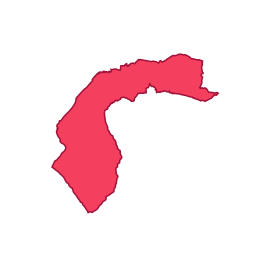 the district of Tomesti, Harghita, Romania, rotated 117°
{"feature_id": "2599482B27343376756903", "entity_name": "Tomesti", "entity_type": "district", "adm_level": 2, "iso_a3": "ROU", "parent_name": "Romania", "parent_adm1": "Harghita", "projection": "natural_earth1", "projection_center": [25.786, 46.588], "detail": "fine", "context": "isolated", "style": "filled", "palette": "rose", "viewbox_px": 256, "rotation_deg": 117, "n_neighbors": 0, "source": "geoboundaries", "source_scale": "gbopen_adm2", "svg_char_len": 5758}
<svg xmlns="http://www.w3.org/2000/svg" viewBox="0 0 256 256"><g transform="rotate(117 128 128)"><path d="M221.5,125.1L220.2,124.2L219.8,123.5L219.4,121.5L217.1,120.4L216.9,120.0L214.2,118.6L211.4,118.2L210.3,118.3L207.9,117.2L205.2,117.0L202.6,115.4L201.3,115.3L199.1,116.3L198.4,116.0L196.8,114.6L195.1,113.8L191.3,111.8L190.9,111.8L190.4,111.9L189.4,112.6L188.6,112.7L187.6,112.5L186.6,112.5L183.9,113.3L182.7,113.3L181.2,113.8L180.6,114.1L178.8,114.7L175.9,115.0L175.3,115.4L174.8,116.7L173.8,117.8L170.3,120.1L169.5,120.5L168.6,120.3L167.4,119.7L166.4,120.1L165.2,121.0L163.2,120.0L162.9,119.7L162.0,120.0L160.7,120.7L160.0,120.6L159.8,120.5L158.9,120.4L158.1,120.0L157.4,120.1L156.3,120.7L155.4,122.2L154.1,123.3L154.0,123.6L153.5,123.6L153.0,124.1L152.5,124.2L151.8,124.8L151.6,125.1L151.7,126.0L151.6,126.3L151.1,127.4L151.1,127.7L150.8,128.3L150.4,128.3L149.7,128.9L149.1,129.5L148.4,130.8L148.0,131.0L147.8,131.4L147.3,131.5L146.0,132.5L145.9,132.8L145.6,133.0L144.7,134.2L143.9,136.5L142.7,137.4L142.4,137.5L141.9,138.2L141.9,139.9L141.4,140.7L141.4,141.1L141.0,141.4L140.9,141.9L140.3,142.7L139.3,143.6L139.3,144.3L138.8,145.1L136.5,146.6L134.0,149.5L132.5,151.0L126.6,155.1L125.1,155.9L122.8,156.7L120.6,155.0L120.1,155.2L119.4,154.9L118.9,155.5L117.6,155.1L117.2,155.0L117.2,154.7L117.6,154.7L116.1,154.6L115.4,154.7L114.7,154.7L114.4,154.6L114.6,154.3L113.2,153.8L113.0,153.3L112.6,153.6L112.4,153.7L111.9,152.8L111.0,151.9L109.8,151.9L108.7,151.3L108.9,150.7L108.8,150.2L108.6,149.6L108.1,149.3L107.5,149.2L106.9,148.6L106.3,148.3L106.0,148.0L105.8,147.8L105.4,147.7L104.7,148.0L103.9,147.7L102.3,145.5L102.3,145.2L102.5,144.3L102.1,143.5L102.2,143.2L101.9,142.2L102.2,141.6L102.1,139.1L102.1,138.6L102.7,137.3L101.5,135.2L100.5,135.1L99.8,135.2L99.2,135.6L97.5,135.5L95.6,134.9L95.2,135.0L92.9,134.6L92.2,134.3L92.0,133.7L91.4,132.7L91.3,132.4L90.7,131.9L90.5,131.5L90.3,130.4L88.7,128.5L88.2,128.9L88.1,128.7L88.3,128.3L88.3,127.9L86.8,128.6L84.6,130.0L83.6,129.3L82.8,128.3L80.8,128.3L79.6,128.5L78.8,128.8L78.8,128.2L79.4,127.6L80.2,126.1L80.2,125.6L79.3,124.2L79.9,123.3L79.9,122.4L80.2,121.6L80.5,121.1L81.6,120.9L81.2,119.9L81.8,119.7L83.4,118.7L83.0,118.4L82.0,116.8L81.5,116.3L81.7,116.1L80.9,115.4L81.1,115.2L80.2,114.4L79.9,113.8L79.3,113.2L78.0,112.1L78.2,110.9L78.1,109.8L77.3,108.5L76.3,107.7L77.0,107.2L77.4,107.3L77.6,107.2L77.6,106.6L77.1,105.7L77.2,104.3L77.0,104.0L76.6,104.0L76.4,103.6L76.7,103.4L76.3,103.0L76.3,102.5L76.0,102.2L75.6,100.7L74.6,98.6L74.0,95.6L72.8,91.2L72.4,88.8L71.9,86.3L71.5,85.5L71.3,84.4L71.7,83.8L71.6,83.1L71.3,82.9L71.4,80.9L71.0,79.7L70.8,76.8L70.9,75.8L70.1,75.0L70.0,74.6L69.3,73.5L69.2,72.4L69.3,71.5L63.6,67.3L61.2,66.7L60.8,66.3L59.4,66.3L58.8,64.2L56.1,63.4L56.0,64.4L56.3,65.2L57.7,67.0L58.0,68.9L58.4,69.5L58.6,70.5L59.2,71.4L59.3,72.4L59.1,73.1L57.8,75.1L57.3,76.1L57.3,76.9L57.5,77.3L57.6,78.2L58.4,78.6L58.7,79.5L58.5,80.0L58.9,80.4L58.9,80.8L59.8,81.5L59.5,82.5L58.0,82.3L54.4,82.7L53.8,82.9L51.6,84.1L48.7,84.7L48.1,86.6L46.9,87.1L46.7,86.8L46.1,86.6L45.4,86.0L45.0,86.4L44.8,86.2L44.1,87.5L43.6,87.7L43.4,88.0L42.7,88.4L41.2,89.6L40.8,89.7L40.5,90.0L39.7,90.4L38.2,90.2L37.9,90.3L37.5,90.9L36.3,91.2L36.3,91.5L35.8,91.8L35.3,91.7L34.5,91.9L34.9,95.8L35.7,96.6L36.6,100.3L36.8,101.4L37.1,102.1L37.4,103.0L37.4,103.6L36.9,104.9L36.9,105.3L36.8,105.5L36.8,106.2L36.6,108.8L37.0,110.8L37.8,111.7L38.0,113.8L38.2,114.4L39.3,116.1L39.4,116.5L40.6,117.1L42.1,118.6L42.3,119.6L42.7,120.0L42.9,120.7L43.3,121.1L45.5,122.5L45.9,122.6L48.7,124.3L48.9,124.5L50.2,124.9L50.8,125.3L51.0,125.7L52.0,126.0L52.9,126.8L53.5,126.9L53.5,127.2L53.7,127.6L53.3,128.7L53.4,129.3L53.3,129.7L53.5,129.9L54.4,130.1L56.3,130.2L56.2,132.7L56.5,133.9L56.8,135.5L58.4,137.7L61.5,148.4L62.4,148.9L62.3,149.8L63.4,149.8L65.5,150.8L67.7,151.2L67.7,152.7L69.1,154.6L71.0,155.6L71.2,155.4L71.4,155.6L71.6,155.4L72.3,156.1L72.6,155.8L73.3,156.7L71.3,158.4L72.1,159.0L72.9,159.2L73.4,159.5L73.9,159.3L74.3,159.5L74.7,160.7L75.8,162.6L79.8,161.2L80.6,162.6L80.8,163.7L80.7,164.1L80.8,165.0L81.8,167.1L82.1,167.2L82.8,168.1L83.5,169.7L84.0,169.0L85.5,168.5L85.7,169.7L86.1,170.6L87.2,170.1L87.5,172.4L87.9,173.5L88.4,173.3L89.3,174.4L88.8,174.7L89.0,174.9L88.4,175.2L88.5,175.4L89.0,175.2L89.9,176.2L89.8,176.3L90.5,177.2L89.9,177.5L91.2,177.5L91.2,177.9L90.8,177.9L90.9,178.1L91.0,178.0L91.2,178.4L91.0,178.5L91.3,178.9L92.3,179.1L92.3,178.8L92.5,178.8L92.5,179.2L93.3,179.2L93.2,179.8L93.9,179.9L93.8,180.1L97.5,181.1L100.7,181.8L100.8,181.7L101.2,181.7L101.7,181.1L110.8,183.3L113.1,184.4L115.8,185.3L124.0,187.5L124.6,187.4L125.1,187.6L125.7,187.6L126.1,187.0L127.4,186.9L128.8,186.5L131.1,186.5L133.5,186.7L136.0,187.1L139.7,188.0L145.3,189.8L148.1,190.5L152.2,191.1L152.7,192.3L154.4,191.9L155.4,191.9L157.1,192.6L158.9,192.1L159.2,191.8L159.9,190.4L160.5,190.3L161.0,190.7L161.2,190.3L161.1,190.1L161.4,190.1L161.4,190.3L162.2,190.2L162.4,190.0L163.3,190.3L164.4,189.4L164.6,189.4L164.9,188.9L165.3,188.7L165.6,188.3L165.9,188.2L166.8,186.8L167.6,186.1L167.8,185.5L168.1,184.3L169.4,182.9L170.3,182.7L171.0,182.2L171.6,180.4L171.6,177.8L172.6,175.7L173.1,175.0L173.8,174.4L176.5,174.0L177.8,174.4L178.1,174.4L180.3,175.5L183.7,175.6L186.3,176.4L188.4,176.8L189.2,177.2L190.3,178.0L190.8,178.2L197.3,178.0L197.9,174.5L198.4,172.7L198.4,171.7L199.0,169.5L199.0,169.0L199.7,167.8L200.1,165.6L200.3,165.3L201.0,163.0L203.7,159.2L203.9,158.8L204.4,158.2L204.5,157.5L204.5,156.5L204.7,155.7L205.3,155.3L206.1,154.2L207.0,152.0L207.1,151.2L206.9,150.3L209.9,147.5L210.1,146.7L210.8,145.7L211.2,144.5L212.1,142.6L213.3,140.8L214.6,138.1L215.6,136.7L215.6,135.8L215.2,135.2L216.4,134.0L217.0,133.1L218.1,130.4L219.2,128.7L220.1,126.9L220.8,125.8L221.5,125.1Z" fill="#f43f5e" stroke="#9f1239" stroke-width="1.5"/></g></svg>